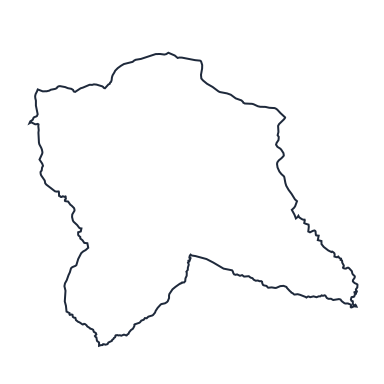 outline of Guática, Risaralda, Colombia, rotated 83°
{"feature_id": "7082276B7280150646528", "entity_name": "Guática", "entity_type": "district", "adm_level": 2, "iso_a3": "COL", "parent_name": "Colombia", "parent_adm1": "Risaralda", "projection": "orthographic", "projection_center": [-75.786, 5.328], "detail": "fine", "context": "isolated", "style": "outline", "palette": "slate", "viewbox_px": 384, "rotation_deg": 83, "n_neighbors": 0, "source": "geoboundaries", "source_scale": "gbopen_adm2", "svg_char_len": 5937}
<svg xmlns="http://www.w3.org/2000/svg" viewBox="0 0 384 384"><g transform="rotate(83 192 192)"><path d="M333.3,303.0L332.9,301.2L333.0,299.4L332.2,298.8L332.3,298.1L333.0,296.5L332.7,294.4L331.2,293.3L330.0,289.7L329.0,289.2L328.4,288.0L327.4,287.3L326.8,286.1L326.2,285.7L325.2,285.5L324.9,285.0L325.0,283.3L325.4,282.6L325.4,281.0L326.0,279.7L325.3,277.1L325.5,276.3L326.4,274.7L326.3,274.2L325.6,273.6L325.0,272.3L323.7,271.6L321.6,269.4L320.5,267.3L318.4,265.8L317.7,265.4L316.7,265.4L316.4,265.1L315.4,260.3L314.9,259.4L313.5,258.0L312.9,255.5L311.4,254.1L311.8,252.4L310.4,250.5L309.7,246.4L309.3,245.6L307.2,243.4L305.5,242.5L302.8,240.2L299.8,236.7L299.5,235.9L299.2,232.4L298.3,230.4L297.5,229.4L294.5,227.7L291.9,227.4L290.5,226.9L286.2,223.2L284.1,219.9L281.5,215.1L281.6,214.5L281.1,214.0L281.1,213.2L280.6,212.9L280.8,210.9L279.7,209.6L276.9,209.0L274.5,207.5L271.4,207.0L270.5,207.3L268.8,205.7L266.5,205.3L263.8,204.1L263.2,204.1L261.6,204.6L261.2,204.1L260.4,204.0L260.8,203.4L260.6,203.1L259.8,203.1L259.8,202.9L259.1,202.7L259.0,202.2L258.2,202.0L257.8,201.6L257.2,201.6L257.1,202.5L256.6,202.6L254.9,201.9L254.0,201.0L254.8,200.3L255.1,199.6L256.0,196.4L260.3,185.8L264.6,179.5L271.9,170.0L274.6,161.8L275.7,161.2L277.8,160.8L278.9,160.2L279.5,158.8L279.3,157.3L281.0,154.6L280.6,152.4L282.3,150.6L282.5,145.9L284.1,144.3L284.9,142.5L286.6,141.4L287.8,139.6L287.9,137.4L288.8,135.8L288.9,134.2L289.6,133.4L291.0,133.4L292.8,132.9L293.4,132.1L294.3,129.5L296.1,128.3L296.3,127.9L296.4,124.5L297.4,121.1L297.4,120.0L296.2,115.9L296.3,112.6L297.7,109.9L299.0,109.3L302.3,106.9L303.2,106.0L304.0,105.6L304.7,104.4L306.0,103.3L306.3,102.7L306.3,99.6L307.2,97.3L310.0,92.1L310.7,91.3L310.0,90.0L309.9,89.0L310.8,87.5L310.4,84.1L311.6,81.2L311.0,78.9L311.2,77.2L310.4,76.0L311.0,74.7L310.7,72.9L311.2,72.2L313.6,71.1L314.6,69.7L314.9,67.1L316.4,65.0L316.2,59.2L316.8,57.7L318.6,56.7L321.0,54.2L321.4,53.2L321.6,50.9L323.2,48.1L323.9,47.8L325.4,48.5L325.9,48.2L326.0,47.6L325.2,45.1L325.8,42.7L324.5,43.1L323.8,43.6L324.4,44.6L323.9,45.5L322.4,46.0L320.1,45.7L319.9,45.9L319.5,46.9L318.2,47.4L316.0,46.6L315.7,46.0L315.8,44.5L315.5,43.7L314.2,43.2L312.9,41.6L312.4,41.6L312.0,42.9L311.3,43.0L311.0,42.1L311.4,40.9L311.0,40.5L310.6,40.5L309.3,41.2L308.6,41.2L306.9,39.6L304.5,39.1L304.0,39.1L303.4,39.7L302.2,41.7L300.4,43.2L299.1,43.0L297.0,41.1L296.0,40.7L295.1,40.9L293.4,42.4L292.3,42.8L290.1,43.0L287.0,45.2L286.2,46.0L286.1,47.0L286.8,48.6L286.5,50.0L286.0,51.1L285.2,51.3L284.3,50.5L283.4,50.3L280.4,51.5L279.1,51.4L278.4,51.5L277.6,52.6L277.0,52.1L276.3,52.2L275.8,53.5L273.9,54.7L274.4,55.7L274.3,56.5L273.4,58.5L271.2,58.0L270.1,58.2L269.1,59.0L268.2,60.2L268.6,60.9L266.6,63.9L262.5,68.0L259.5,69.8L256.4,69.5L255.1,73.0L250.8,71.6L250.2,74.0L249.6,74.3L246.1,74.2L245.5,74.6L245.1,75.2L245.3,76.7L246.4,79.8L245.4,81.4L240.7,80.3L238.6,80.3L237.2,83.4L236.5,84.4L233.8,83.5L233.2,83.6L233.0,85.0L232.3,86.3L230.2,88.7L228.6,89.3L229.6,90.1L230.9,92.1L226.9,93.1L221.9,95.1L220.0,92.5L218.6,91.3L213.9,88.9L211.9,90.7L206.0,93.4L201.6,95.9L197.3,97.7L194.5,98.2L188.4,98.6L187.6,98.9L185.1,101.1L182.3,102.8L178.1,104.1L174.6,104.2L173.0,103.7L171.2,102.0L169.3,99.0L167.5,96.8L166.8,96.4L164.5,96.5L161.0,98.2L159.8,99.0L157.6,101.7L155.3,102.8L153.5,102.0L151.1,99.9L149.7,99.5L147.8,99.2L146.1,100.1L143.0,98.9L136.9,98.5L135.2,97.3L131.1,91.9L130.0,90.8L129.3,90.5L124.3,94.7L120.7,97.3L119.7,98.3L118.8,99.7L117.8,105.1L116.5,108.7L115.7,114.0L114.9,116.2L112.4,120.2L111.8,121.7L110.6,128.8L109.6,130.2L108.8,130.4L107.1,131.8L104.4,137.2L100.2,141.6L98.4,145.2L96.2,152.1L95.4,153.4L90.3,158.7L86.4,163.9L82.6,167.5L80.5,168.9L76.8,168.8L70.6,166.9L67.2,166.4L63.9,167.0L63.0,167.4L62.6,168.0L61.5,172.9L57.4,185.6L57.0,188.1L57.2,189.9L54.4,192.5L50.9,198.5L52.0,200.8L52.2,202.7L51.1,207.0L50.7,211.3L53.7,226.5L53.9,231.8L54.5,233.4L55.6,235.1L56.7,244.0L58.1,247.2L60.0,250.6L62.2,253.4L64.0,254.6L66.5,256.6L68.5,257.5L71.0,258.1L72.8,258.9L73.4,259.9L74.6,260.5L75.1,261.9L78.4,265.7L78.2,266.4L77.7,267.0L77.0,267.3L76.2,268.2L73.8,273.6L73.2,276.2L73.5,278.0L73.1,280.6L75.1,287.6L75.5,289.9L78.4,295.8L77.8,297.1L76.2,297.6L74.9,299.2L73.8,302.6L72.4,305.1L70.8,310.2L70.9,311.8L71.8,313.2L72.5,313.7L73.0,315.4L73.3,319.7L74.0,321.3L74.3,323.9L73.9,327.9L71.4,332.6L73.1,333.5L75.8,335.3L77.7,336.0L79.8,336.1L82.3,335.8L87.2,336.4L96.0,335.7L97.7,336.7L98.0,337.3L98.5,339.5L99.0,340.2L100.9,341.3L102.2,343.9L103.9,344.9L103.4,343.6L103.4,342.8L105.5,339.7L105.8,338.7L105.6,336.8L106.2,336.1L107.8,336.5L111.9,336.6L114.4,337.2L124.3,337.9L126.1,337.7L129.7,336.3L131.7,335.8L134.3,335.6L135.7,336.0L141.2,339.4L145.6,337.2L147.9,336.7L149.4,337.8L152.4,338.6L152.9,339.2L153.7,339.9L155.6,340.0L157.1,339.7L162.7,336.8L165.5,336.6L166.9,335.7L174.6,327.9L175.1,326.4L175.2,324.3L175.8,324.1L179.6,324.4L179.8,323.7L180.8,323.1L181.1,321.9L180.6,321.3L180.5,320.7L181.2,319.3L181.0,318.1L181.6,317.9L182.3,318.2L183.3,318.0L184.4,319.1L185.3,319.2L185.6,319.0L186.4,316.1L189.8,314.3L190.8,313.2L193.5,311.1L194.8,310.8L196.2,310.9L199.7,313.6L202.2,314.1L205.8,313.7L207.0,313.2L210.8,310.0L213.6,308.4L214.2,307.9L214.7,306.2L217.6,307.2L218.1,309.9L220.6,310.2L221.3,310.0L223.0,308.4L224.6,308.5L226.5,306.6L229.4,305.1L230.1,302.1L234.7,301.8L236.7,304.7L237.7,307.2L239.2,309.4L244.6,313.1L250.5,315.7L251.1,316.7L252.0,320.0L253.0,321.4L256.8,323.0L259.5,324.7L264.3,327.1L267.2,329.2L269.9,330.1L274.6,329.6L285.1,331.6L289.6,331.0L295.4,331.1L297.3,328.3L298.7,328.5L299.1,328.2L298.9,326.4L299.3,325.6L301.4,325.5L302.2,324.7L302.7,323.1L305.0,322.8L307.1,320.7L307.6,319.6L310.1,316.8L310.1,315.9L309.7,315.2L310.2,314.1L311.6,312.8L312.6,312.4L314.5,310.1L315.2,309.7L315.8,308.2L316.7,306.9L318.8,306.5L320.2,304.7L321.7,304.3L323.1,305.9L324.1,305.4L324.7,304.6L327.7,304.5L328.6,304.2L329.5,303.0L330.2,302.6L333.3,303.0Z" fill="none" stroke="#1e293b" stroke-width="2"/></g></svg>